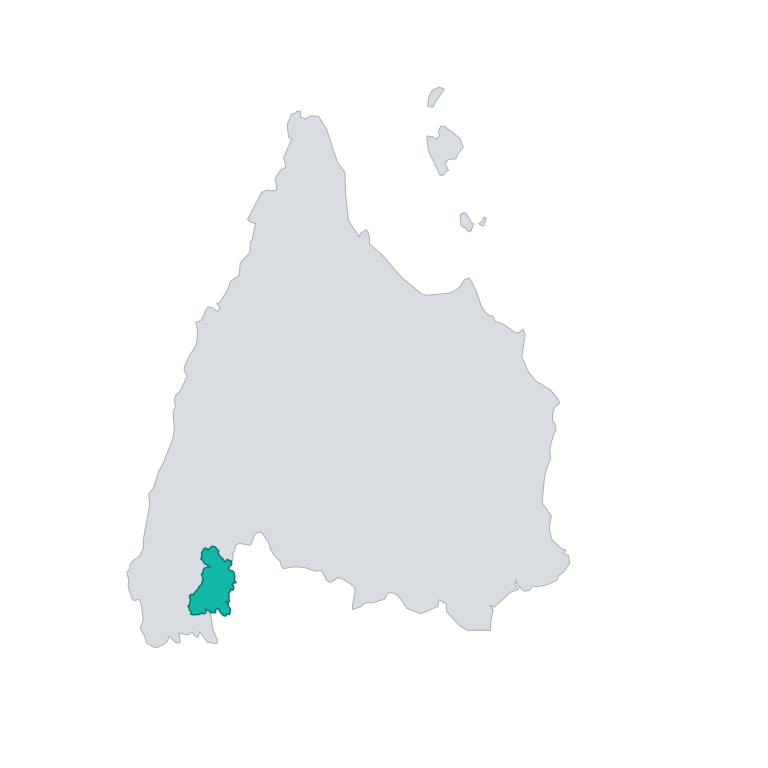 Spain, with Orense highlighted, rotated 281°
{"feature_id": "ESP-5838", "entity_name": "Orense", "entity_type": "Autonomous Community", "adm_level": 1, "iso_a3": "ESP", "parent_name": "Spain", "parent_adm1": "", "projection": "natural_earth1", "projection_center": [-7.513, 42.192], "detail": "fine", "context": "in_parent", "style": "filled", "palette": "teal", "viewbox_px": 768, "rotation_deg": 281, "n_neighbors": 0, "source": "natural_earth", "source_scale": "10m", "svg_char_len": 6391}
<svg xmlns="http://www.w3.org/2000/svg" viewBox="0 0 768 768"><g transform="rotate(281 384 384)"><path d="M409.1,187.4L409.2,189.4L412.8,193.0L423.5,195.2L426.2,196.7L425.8,201.8L423.3,206.1L425.7,208.0L428.2,208.0L431.2,204.4L431.9,206.7L436.8,208.9L447.6,212.9L455.1,213.4L463.1,221.2L475.7,219.8L487.3,227.3L498.0,225.7L500.4,227.1L517.0,227.3L517.7,221.2L519.6,218.7L548.7,227.3L552.3,232.5L551.8,235.2L553.5,241.3L557.3,241.1L564.8,237.7L574.7,242.0L577.4,245.7L579.5,246.0L586.8,242.3L606.9,246.7L607.6,243.8L608.9,243.0L617.2,240.3L620.7,239.7L631.4,241.7L632.8,245.2L635.0,246.6L635.9,249.6L629.8,251.4L629.3,256.7L633.4,261.1L634.1,268.8L623.7,278.7L593.6,295.5L583.8,305.4L561.1,310.6L537.6,318.0L523.8,331.4L527.5,332.4L531.9,337.0L530.5,339.0L524.4,342.1L518.9,343.0L509.0,359.5L495.2,376.6L490.1,384.3L479.3,404.3L479.4,410.0L485.4,429.9L488.7,435.1L493.3,439.5L501.9,443.2L504.1,446.9L501.3,450.4L492.9,456.6L478.4,465.0L472.2,471.7L471.0,478.1L466.8,480.9L465.4,489.9L459.7,502.4L459.4,505.7L464.1,510.2L459.6,513.0L436.8,514.1L422.9,523.9L415.9,532.5L409.8,548.7L402.2,558.2L398.8,559.9L393.4,555.8L386.7,555.1L380.3,556.5L376.9,559.8L371.7,561.7L366.5,560.1L355.2,559.2L350.3,559.4L342.5,562.0L335.8,560.3L324.5,559.3L300.1,561.5L297.1,562.5L286.3,573.4L274.5,573.6L263.8,578.0L256.7,588.6L255.4,594.3L253.2,592.9L251.6,593.4L250.8,597.7L243.4,600.4L235.1,596.9L228.1,591.6L224.5,591.3L218.6,583.1L216.0,577.9L214.2,572.2L214.0,568.3L208.8,566.0L207.5,560.9L211.3,554.2L216.3,550.5L211.6,550.8L208.2,555.1L203.9,548.2L186.1,534.7L187.0,530.0L184.1,533.6L182.0,534.5L173.0,533.9L162.5,535.5L158.1,512.7L160.8,504.7L172.4,489.1L179.8,487.0L182.7,478.9L176.0,479.3L165.3,463.8L168.1,449.4L178.6,438.6L180.4,434.2L180.8,430.2L178.8,427.4L173.0,425.8L167.0,414.4L165.6,407.3L160.7,403.3L156.7,396.3L160.3,395.3L175.4,395.2L179.0,393.4L181.7,388.7L184.6,380.9L185.2,376.2L179.3,369.4L179.1,368.0L179.9,365.7L189.0,358.2L187.2,352.6L188.6,340.8L187.8,333.9L186.8,328.3L183.7,321.0L185.7,318.0L190.5,315.5L194.2,309.5L199.7,304.5L207.0,300.5L215.4,291.8L214.0,287.9L211.1,285.7L200.7,284.0L200.0,282.2L200.0,272.7L197.3,268.9L193.5,269.4L187.8,267.7L186.4,268.8L179.1,268.5L173.9,266.8L171.8,268.2L171.1,271.5L162.5,275.0L157.7,274.8L149.7,271.9L140.7,272.9L139.6,272.2L131.9,276.1L129.4,276.2L126.2,271.5L130.4,264.7L126.7,258.3L124.4,258.1L110.1,262.8L101.7,269.0L98.4,269.8L97.2,268.7L96.9,259.8L105.6,250.4L100.1,249.8L100.4,247.1L103.9,242.8L100.3,239.5L100.4,230.1L92.6,233.1L90.6,232.6L90.5,228.8L95.3,221.3L90.3,220.4L86.5,217.5L81.8,211.3L81.8,208.1L84.4,200.4L91.2,196.8L97.9,191.5L107.0,192.5L120.7,188.0L125.3,185.6L125.2,182.5L123.6,180.1L125.0,177.8L136.1,171.5L142.8,170.8L149.6,167.6L154.1,169.7L158.1,169.0L162.7,171.4L168.7,177.0L177.6,179.3L184.6,177.5L220.6,177.0L230.9,174.2L238.8,177.7L254.2,179.3L263.5,182.2L289.1,187.0L298.4,187.0L316.9,182.3L322.0,183.5L329.4,181.2L333.0,181.7L337.7,185.0L354.1,189.4L358.4,185.6L361.6,184.8L373.4,187.1L385.3,191.8L391.5,192.2L400.5,190.9L409.1,187.4ZM634.2,389.1L638.5,391.0L643.0,389.3L645.4,389.8L647.8,390.7L648.5,394.3L639.5,411.7L631.9,416.5L624.1,412.7L619.5,411.8L618.1,410.4L616.9,404.8L614.8,403.0L611.8,402.2L605.9,406.6L604.0,403.7L601.1,403.1L599.9,401.3L599.9,399.0L617.9,385.5L623.2,382.5L634.4,379.0L636.2,379.6L634.8,381.6L636.4,383.5L634.2,389.1ZM686.2,382.0L684.6,386.9L670.6,380.4L666.1,379.7L664.9,378.7L665.2,373.9L674.4,373.2L681.9,375.6L686.2,382.0ZM559.7,437.9L558.2,441.4L551.3,440.2L549.7,438.8L551.1,434.9L553.0,434.4L553.1,431.6L555.1,428.9L564.7,426.6L566.9,428.5L567.5,431.2L561.9,437.2L559.7,437.9ZM566.8,451.8L565.8,452.5L558.3,451.8L558.1,449.6L559.5,446.4L562.3,449.5L566.7,450.1L566.8,451.8Z" fill="#d9dde1" stroke="#a8b0b8" stroke-width="1"/><path d="M127.7,262.2L127.1,261.8L127.0,260.9L127.1,258.5L126.7,257.7L126.3,257.1L128.0,256.1L128.2,254.0L128.9,252.0L125.7,252.8L125.3,252.5L124.3,251.4L124.0,250.9L124.0,250.2L124.6,248.2L124.0,248.0L123.5,247.7L122.1,245.6L122.1,245.3L122.2,244.3L122.1,244.0L121.4,242.7L121.1,241.6L121.2,238.7L121.1,238.3L122.8,238.4L125.2,236.1L126.7,235.6L128.5,233.9L129.7,235.2L133.2,235.0L135.4,235.5L135.6,235.3L136.5,234.0L136.9,233.9L138.0,234.1L139.3,233.5L140.6,234.7L140.9,235.3L140.9,235.8L140.7,237.5L142.3,237.6L145.8,239.4L147.1,240.6L148.8,240.6L153.1,243.3L154.9,243.0L157.3,243.7L161.9,241.6L162.4,241.0L164.0,242.2L164.4,242.3L166.2,242.0L168.5,242.6L169.1,243.1L171.4,247.6L173.7,241.9L174.2,241.2L175.8,240.2L177.2,237.7L179.2,237.8L181.1,238.2L181.6,238.1L181.8,237.8L182.0,237.7L182.4,237.4L183.3,237.1L183.9,237.2L184.3,237.3L184.9,237.8L185.1,237.9L188.2,238.7L188.8,239.9L188.7,240.3L188.6,241.3L188.5,241.7L188.3,242.1L187.9,242.6L187.5,242.9L189.7,244.6L191.2,245.5L191.8,246.2L192.0,246.7L191.9,247.1L191.9,247.5L192.0,248.3L191.9,248.7L191.8,249.1L191.7,249.5L191.1,250.1L190.5,251.1L190.0,251.6L189.2,252.4L189.1,252.9L189.0,253.6L188.7,253.6L187.9,253.4L187.2,253.4L186.3,253.6L185.6,254.0L184.9,254.6L183.3,256.0L183.0,256.5L182.8,256.9L182.3,258.3L182.0,258.7L181.7,258.9L181.3,259.1L181.0,259.4L179.9,260.9L179.3,261.5L179.1,261.9L179.2,262.3L179.5,262.6L179.8,262.8L180.2,262.9L181.1,262.9L181.4,263.0L181.8,263.7L181.9,263.9L181.9,264.1L181.1,265.9L181.0,266.3L180.9,266.6L181.2,267.2L181.1,267.8L180.7,267.6L179.7,268.3L178.1,268.9L176.7,268.3L175.4,267.2L174.0,266.4L173.3,266.5L172.6,266.9L171.9,267.4L171.6,267.7L171.5,268.5L171.7,270.3L171.6,271.2L171.1,271.9L170.7,272.4L169.3,273.3L166.1,274.3L165.3,274.4L163.7,274.4L163.1,274.5L162.5,274.9L161.4,276.0L160.8,276.5L160.6,275.6L160.2,274.7L159.6,273.9L159.0,273.7L158.6,273.7L157.9,273.2L157.6,273.2L157.2,273.5L157.2,273.8L157.1,274.2L156.9,274.6L156.2,275.1L155.3,275.4L154.4,275.5L153.6,275.4L152.9,275.1L152.8,274.5L153.5,272.8L151.1,272.7L150.4,272.3L149.1,271.5L148.4,271.3L147.2,271.9L144.4,272.6L143.2,272.5L142.8,272.6L142.6,272.9L142.4,273.3L142.1,273.6L140.7,273.6L140.4,272.0L140.3,270.5L139.4,270.8L139.2,271.5L139.0,272.4L138.6,273.1L137.7,273.1L137.0,273.0L136.4,273.3L135.9,273.8L135.4,274.5L134.0,275.9L133.9,276.0L132.0,276.5L128.2,276.3L128.2,276.2L128.4,274.8L128.3,274.1L127.9,273.6L126.4,273.1L125.9,272.1L125.9,271.0L126.4,270.0L128.1,267.6L129.4,266.4L130.7,265.7L131.4,265.1L131.8,264.4L131.9,263.4L131.6,262.6L130.9,262.0L130.1,261.6L129.1,261.7L128.3,262.1L127.7,262.2Z" fill="#14b8a6" stroke="#0f766e" stroke-width="1.5"/></g></svg>